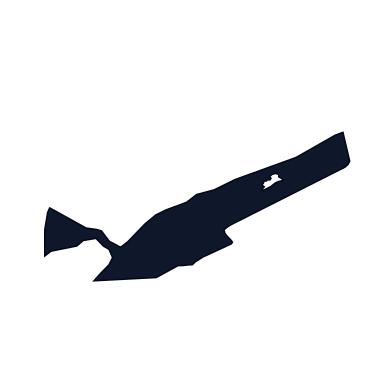 an SVG outline of South-East, rotated 230°
{"feature_id": "BWA-2648", "entity_name": "South-East", "entity_type": "District", "adm_level": 1, "iso_a3": "BWA", "parent_name": "Botswana", "parent_adm1": "", "projection": "equal_earth", "projection_center": [25.773, -25.011], "detail": "fine", "context": "isolated", "style": "filled", "palette": "ink", "viewbox_px": 384, "rotation_deg": 230, "n_neighbors": 0, "source": "natural_earth", "source_scale": "10m", "svg_char_len": 1064}
<svg xmlns="http://www.w3.org/2000/svg" viewBox="0 0 384 384"><g transform="rotate(230 192 192)"><path d="M271.3,72.8L232.5,87.7L224.3,95.1L220.4,97.6L207.3,97.0L198.9,100.5L197.0,100.9L195.5,102.5L195.2,110.9L197.8,135.8L197.7,149.5L195.0,160.5L187.6,181.3L187.1,193.9L179.4,210.4L173.8,233.1L151.6,293.9L143.5,338.1L140.7,346.0L114.2,332.6L112.8,329.0L112.7,325.1L141.7,201.4L142.4,196.8L142.5,192.3L140.0,190.9L136.7,190.5L129.7,190.9L127.5,190.7L127.1,189.2L127.0,188.7L135.1,158.8L136.4,150.0L136.1,145.4L138.4,142.5L141.6,137.6L144.6,134.0L149.4,109.7L187.0,59.8L188.4,69.4L189.6,81.6L192.8,89.0L201.4,91.6L207.4,89.4L218.2,88.6L224.7,77.6L224.7,69.0L237.3,45.9L237.6,38.0L257.7,54.9L269.0,68.1L271.3,72.7L271.3,72.8ZM149.5,250.7L149.1,247.2L147.9,246.9L146.9,250.0L145.5,256.0L145.4,261.2L144.5,265.0L142.5,268.7L142.4,269.6L145.1,269.2L147.8,268.2L149.5,269.7L152.5,268.0L154.0,264.7L154.0,261.3L151.8,261.4L151.1,259.5L152.8,257.7L152.6,256.1L154.1,254.0L152.9,252.5L152.5,250.0L149.5,250.7Z" fill="#0f172a" stroke="#020617" stroke-width="1.5"/></g></svg>